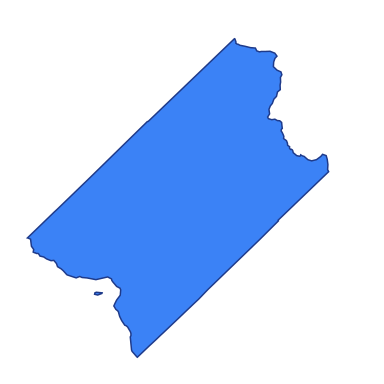 Snohomish, Washington, United States of America (Mercator projection), rotated 316°
{"feature_id": "52423323B25311373219770", "entity_name": "Snohomish", "entity_type": "district", "adm_level": 2, "iso_a3": "USA", "parent_name": "United States of America", "parent_adm1": "Washington", "projection": "mercator", "projection_center": [-121.691, 48.037], "detail": "fine", "context": "isolated", "style": "filled", "palette": "blue", "viewbox_px": 384, "rotation_deg": 316, "n_neighbors": 0, "source": "geoboundaries", "source_scale": "gbopen_adm2", "svg_char_len": 2031}
<svg xmlns="http://www.w3.org/2000/svg" viewBox="0 0 384 384"><g transform="rotate(316 192 192)"><path d="M304.4,272.3L305.1,270.1L308.8,266.7L312.0,262.4L313.8,259.0L312.1,255.6L309.3,255.9L304.0,255.2L299.7,252.7L297.8,249.3L297.4,244.3L296.4,242.5L296.0,240.8L295.5,241.1L294.4,241.2L293.6,240.1L292.6,238.6L292.4,236.5L292.1,234.1L293.2,232.2L293.4,231.3L293.1,230.2L292.4,229.8L292.6,228.2L293.7,227.2L293.2,224.9L294.6,223.1L295.6,220.7L295.0,217.2L296.7,215.8L297.4,214.2L298.3,211.6L298.5,210.1L299.8,209.0L301.1,209.0L302.6,207.0L304.8,204.2L304.6,201.7L303.0,199.9L302.2,197.2L299.6,195.4L297.9,192.3L298.5,190.6L302.1,189.7L304.8,186.0L308.1,184.5L311.3,184.1L315.3,182.1L319.2,181.9L323.0,179.4L326.6,179.7L329.6,176.3L332.1,174.5L335.2,171.0L338.1,170.1L339.4,167.4L337.8,163.4L337.6,158.4L341.1,155.2L344.5,153.5L347.5,153.3L348.0,149.6L345.9,145.0L342.3,141.8L339.4,139.0L337.9,138.1L336.6,135.4L337.6,132.5L334.3,128.7L331.3,123.9L328.3,119.6L327.9,117.9L327.2,117.0L326.9,115.4L327.8,114.7L329.2,111.7L329.0,111.2L209.5,110.8L208.8,110.3L127.6,110.8L121.5,110.8L82.6,110.8L78.7,110.7L41.7,110.7L42.0,111.2L43.1,113.8L38.8,119.5L38.2,123.4L36.0,124.9L36.5,126.3L37.0,126.8L37.3,128.0L38.5,129.2L38.7,129.6L38.5,131.0L38.1,132.4L40.2,135.7L40.9,139.1L42.9,143.5L45.1,145.2L44.8,149.3L43.4,152.3L44.5,156.5L44.7,159.2L44.5,164.5L44.7,165.1L44.8,165.3L49.0,173.3L52.6,174.8L53.5,177.1L56.8,180.9L62.0,188.3L72.3,194.5L73.7,198.6L72.9,199.9L72.6,201.6L72.2,207.6L73.4,211.2L72.7,212.9L68.7,216.4L62.6,217.4L59.0,218.7L56.6,219.7L55.7,223.5L56.0,225.9L55.8,227.1L53.5,231.3L52.1,235.6L51.1,241.1L51.8,242.6L51.9,244.5L51.1,247.6L50.6,249.8L49.7,251.5L48.3,252.9L46.9,253.4L38.8,263.6L38.2,265.0L37.8,272.3L37.9,272.9L52.3,273.0L54.4,273.0L58.6,273.1L64.1,273.2L69.8,273.2L73.2,273.3L85.9,273.4L115.8,273.6L122.4,273.7L135.7,273.2L207.3,273.2L234.1,272.8L234.3,272.1L304.4,272.3ZM52.1,197.1L50.9,197.9L52.6,200.6L56.7,202.4L57.3,202.1L53.5,197.6L52.1,197.1Z" fill="#3b82f6" stroke="#1e3a8a" stroke-width="1.5"/></g></svg>